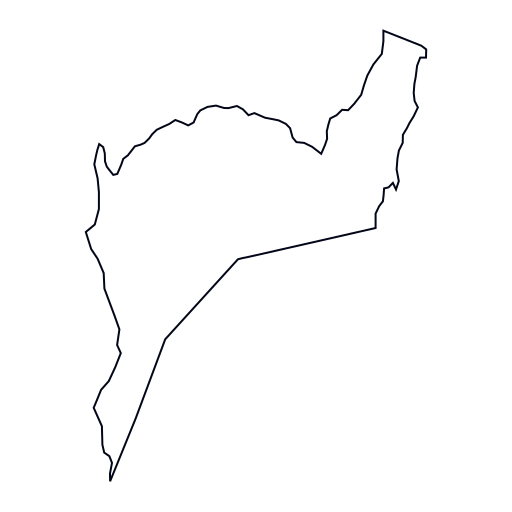 the district of Cristianópolis, Goiás, Brazil
{"feature_id": "56859067B80727765161187", "entity_name": "Cristianópolis", "entity_type": "district", "adm_level": 2, "iso_a3": "BRA", "parent_name": "Brazil", "parent_adm1": "Goiás", "projection": "equal_earth", "projection_center": [-48.7, -17.237], "detail": "fine", "context": "isolated", "style": "outline", "palette": "ink", "viewbox_px": 512, "rotation_deg": 0, "n_neighbors": 0, "source": "geoboundaries", "source_scale": "gbopen_adm2", "svg_char_len": 1574}
<svg xmlns="http://www.w3.org/2000/svg" viewBox="0 0 512 512"><path d="M99.2,144.1L97.4,149.8L96.1,155.3L94.3,164.3L97.6,178.4L98.9,192.0L98.9,209.1L94.8,224.5L85.8,232.0L91.2,249.1L97.6,258.7L103.7,273.1L104.4,288.6L114.5,315.6L119.4,329.4L117.1,345.0L120.8,353.1L115.2,367.3L108.8,381.1L101.1,389.8L97.2,399.4L93.7,407.8L101.9,426.2L102.4,444.8L104.2,452.6L109.4,456.2L112.0,462.9L110.0,473.4L110.1,481.3L135.7,418.4L165.2,339.3L237.9,259.3L242.5,258.1L246.6,257.3L255.2,255.4L375.6,228.0L375.6,213.6L379.2,206.1L382.9,201.3L383.6,195.3L384.1,188.4L388.5,187.4L392.9,182.9L396.0,189.5L398.8,181.1L396.6,169.4L397.5,158.2L398.9,150.5L402.7,142.9L402.9,134.8L406.9,128.2L409.6,122.8L413.6,116.4L417.9,107.4L414.6,101.0L413.7,93.0L414.4,83.9L415.7,77.0L417.1,65.7L420.2,57.6L426.0,57.6L426.2,49.4L421.3,45.7L383.4,30.7L383.4,41.3L381.8,53.9L373.4,64.4L367.3,75.6L363.9,85.5L361.2,94.8L354.1,103.9L348.1,110.2L342.1,109.8L336.6,115.2L330.2,118.5L328.4,124.5L326.8,131.2L327.1,138.8L325.0,145.0L321.2,153.8L312.1,146.8L304.2,142.9L296.4,142.1L292.6,137.5L290.1,128.2L285.9,123.9L278.7,120.4L273.9,119.4L265.0,117.7L258.5,114.9L254.3,113.1L248.5,115.2L242.9,109.3L236.9,106.0L228.5,108.1L224.1,108.0L216.0,105.6L207.5,106.9L200.3,110.4L197.3,114.1L193.6,122.5L188.2,125.4L182.0,122.5L175.3,120.0L169.2,124.0L161.9,127.3L156.7,129.8L152.2,134.2L149.2,138.4L144.6,142.9L140.8,144.6L134.9,146.3L127.9,155.3L123.3,158.8L121.2,164.8L117.3,173.9L113.3,174.9L109.9,170.7L106.8,166.7L105.0,161.3L104.8,153.4L103.2,147.1L99.2,144.1Z" fill="none" stroke="#020617" stroke-width="2"/></svg>